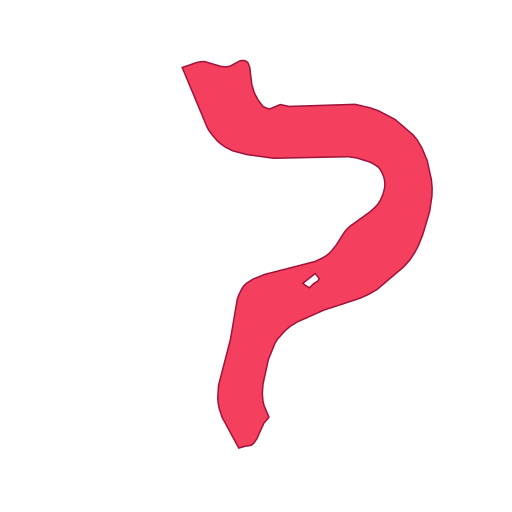 SVG path tracing the border of Qina, rotated 24°
{"feature_id": "EGY-1551", "entity_name": "Qina", "entity_type": "Governorate", "adm_level": 1, "iso_a3": "EGY", "parent_name": "Egypt", "parent_adm1": "", "projection": "mercator", "projection_center": [32.546, 25.704], "detail": "fine", "context": "isolated", "style": "filled", "palette": "rose", "viewbox_px": 512, "rotation_deg": 24, "n_neighbors": 0, "source": "natural_earth", "source_scale": "10m", "svg_char_len": 1533}
<svg xmlns="http://www.w3.org/2000/svg" viewBox="0 0 512 512"><g transform="rotate(24 256 256)"><path d="M166.3,82.0L169.9,82.6L173.6,86.3L182.3,100.9L188.1,107.6L194.5,112.7L201.5,116.5L205.4,116.6L208.5,116.3L216.5,107.8L225.6,105.8L284.9,77.1L300.1,74.2L308.7,73.5L327.5,74.7L350.4,81.5L356.1,84.5L363.4,89.6L373.5,99.1L385.1,114.8L389.3,122.3L392.4,129.8L396.6,145.0L399.7,169.0L400.1,180.7L399.6,188.4L398.1,197.3L395.3,205.9L380.3,237.2L374.8,244.8L368.3,252.2L339.8,278.0L320.4,299.6L316.0,306.1L312.9,312.5L309.4,323.4L308.8,328.1L309.4,345.4L314.4,369.8L317.7,379.0L321.5,385.9L324.1,389.3L333.4,398.0L331.2,405.6L331.1,422.9L330.2,427.6L328.9,430.6L326.0,432.7L323.6,434.1L318.4,438.5L290.5,417.0L284.4,410.3L281.6,406.2L278.8,401.2L274.4,389.4L266.6,342.7L256.5,303.2L256.1,298.1L256.4,291.4L257.1,287.9L258.5,284.6L262.8,278.2L271.4,269.3L312.0,237.1L317.6,230.7L319.8,227.5L321.6,224.2L322.9,220.8L324.8,213.5L327.1,198.1L328.2,194.3L329.8,190.5L342.2,169.2L345.1,162.6L346.2,159.3L346.9,154.8L346.9,148.1L345.8,141.4L344.5,138.0L342.6,134.5L340.1,131.3L337.2,128.6L334.1,126.3L330.9,124.9L326.6,124.2L321.6,123.9L308.1,125.5L300.1,127.7L232.2,159.6L206.2,167.1L191.9,169.4L183.6,169.0L178.2,167.9L173.9,166.6L166.7,163.2L161.5,160.2L158.6,157.9L111.9,113.8L123.5,103.0L126.7,100.9L129.8,99.3L146.6,97.1L151.1,95.7L154.8,93.4L161.5,84.8L163.2,83.3L166.3,82.0ZM317.7,263.3L319.8,258.1L322.7,253.5L323.0,250.9L317.2,248.0L309.9,261.9L313.5,262.8L317.7,263.3Z" fill="#f43f5e" stroke="#9f1239" stroke-width="1.5"/></g></svg>